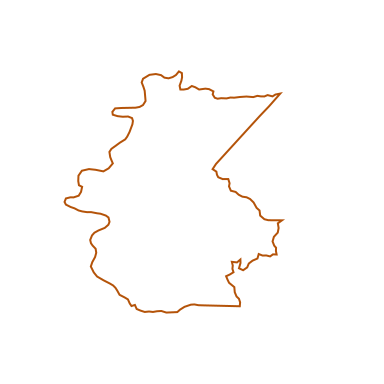 outline of São Pedro do Ivaí, Paraná, Brazil, rotated 61°
{"feature_id": "56859067B83474716083544", "entity_name": "São Pedro do Ivaí", "entity_type": "district", "adm_level": 2, "iso_a3": "BRA", "parent_name": "Brazil", "parent_adm1": "Paraná", "projection": "equal_earth", "projection_center": [-51.879, -23.83], "detail": "fine", "context": "isolated", "style": "outline", "palette": "amber", "viewbox_px": 384, "rotation_deg": 61, "n_neighbors": 0, "source": "geoboundaries", "source_scale": "gbopen_adm2", "svg_char_len": 2484}
<svg xmlns="http://www.w3.org/2000/svg" viewBox="0 0 384 384"><g transform="rotate(61 192 192)"><path d="M148.7,67.1L147.2,71.8L147.4,75.2L143.9,78.9L143.5,82.4L141.7,85.5L139.6,88.2L138.7,92.4L134.9,98.1L132.1,104.1L130.0,109.3L128.0,112.6L126.9,116.4L124.1,121.0L122.8,124.4L120.6,126.4L116.7,126.6L114.4,124.5L110.3,127.2L108.1,130.2L105.8,136.1L101.9,138.4L99.2,140.8L99.7,145.7L98.4,149.5L96.7,152.5L93.0,151.3L89.6,147.4L86.9,145.1L83.1,143.2L80.2,145.0L81.9,149.3L82.1,153.2L81.2,157.4L78.6,160.7L74.8,162.4L71.3,166.4L68.9,172.4L69.2,179.9L71.8,182.9L76.4,183.5L80.5,184.3L89.9,188.5L92.2,192.7L92.2,196.6L90.9,200.5L88.2,205.6L84.3,213.0L81.6,218.7L83.3,222.8L86.0,223.8L89.6,220.3L92.6,216.1L95.0,211.3L98.3,208.6L101.2,209.2L103.9,211.3L109.2,217.5L112.2,221.9L113.6,224.9L113.9,231.1L115.2,241.6L116.9,244.8L121.8,246.6L124.8,247.0L128.6,247.4L130.9,253.4L131.0,259.5L125.8,265.6L122.0,271.0L120.0,278.0L122.7,283.4L127.3,286.2L131.3,287.6L134.2,285.6L138.1,289.0L140.3,292.9L139.3,298.2L137.7,300.9L136.5,305.4L138.9,308.3L141.9,308.4L146.3,305.4L149.3,302.7L153.1,300.2L155.8,297.4L158.8,293.5L160.6,290.1L164.7,285.2L166.6,282.6L170.8,278.8L173.8,277.4L178.1,278.6L180.1,281.0L181.1,285.7L180.3,292.4L180.3,297.1L181.5,300.5L184.6,304.3L187.9,305.2L190.7,304.9L194.9,303.8L198.7,305.2L201.9,308.3L205.0,313.2L208.1,316.6L214.7,316.9L219.9,316.0L226.3,312.2L232.1,308.3L235.5,306.3L238.7,305.4L242.0,305.2L246.8,305.2L251.6,302.0L254.9,300.1L259.3,300.5L262.4,300.2L263.1,296.7L267.5,297.1L270.7,294.6L274.0,291.5L275.7,287.5L278.0,284.3L279.3,280.5L281.2,276.5L285.0,272.9L289.9,263.1L289.1,259.5L288.8,254.2L290.0,247.6L291.5,244.4L294.1,241.3L296.2,237.8L315.1,205.6L311.8,203.4L308.1,202.7L305.0,203.7L300.4,203.2L295.7,201.1L289.4,203.6L285.7,203.4L282.2,203.0L282.5,199.0L282.3,194.6L278.8,193.9L276.1,192.0L272.4,191.0L275.4,186.8L274.5,182.4L277.6,184.0L281.5,187.9L285.2,185.2L284.7,180.3L282.1,177.0L281.4,172.3L281.9,167.0L278.6,163.7L281.8,161.1L283.5,157.8L286.2,154.9L285.8,151.4L287.7,148.3L284.3,147.2L281.5,145.5L278.8,146.1L274.3,145.5L270.9,142.1L269.1,136.7L265.5,133.7L261.0,132.1L260.4,127.0L253.7,138.9L250.9,141.9L245.7,143.8L240.9,141.9L237.2,143.2L231.0,143.2L226.3,144.6L223.1,146.8L220.5,150.2L217.0,152.5L213.1,153.8L209.7,157.4L205.0,156.9L202.6,154.9L198.3,154.0L195.6,158.9L191.8,161.9L189.0,161.8L186.0,160.8L182.0,162.9L179.1,157.4L164.4,113.8L158.4,95.9L154.4,83.1L148.7,67.1Z" fill="none" stroke="#b45309" stroke-width="2"/></g></svg>